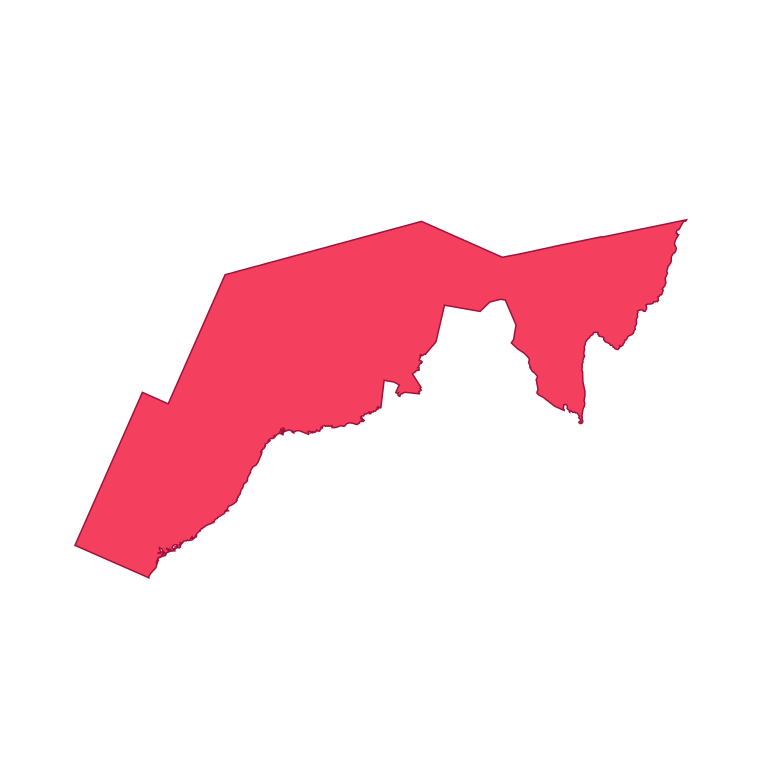 outline of Whyalla, South Australia, Australia, rotated 24°
{"feature_id": "25037944B64884179183706", "entity_name": "Whyalla", "entity_type": "district", "adm_level": 2, "iso_a3": "AUS", "parent_name": "Australia", "parent_adm1": "South Australia", "projection": "albers", "projection_center": [137.585, -33.046], "detail": "fine", "context": "isolated", "style": "filled", "palette": "rose", "viewbox_px": 768, "rotation_deg": 24, "n_neighbors": 0, "source": "geoboundaries", "source_scale": "gbopen_adm2", "svg_char_len": 6170}
<svg xmlns="http://www.w3.org/2000/svg" viewBox="0 0 768 768"><g transform="rotate(24 384 384)"><path d="M248.1,656.7L247.5,655.3L247.9,651.9L250.3,644.8L249.6,639.2L249.1,640.2L248.8,640.1L249.9,636.3L249.5,637.2L249.1,636.4L248.4,637.4L248.4,635.0L249.5,633.1L250.0,632.8L249.9,633.5L253.1,630.0L250.8,631.3L250.7,630.5L252.0,628.4L249.8,627.6L249.3,627.9L248.4,629.9L246.4,630.3L246.6,629.6L248.2,629.1L248.4,628.2L247.9,627.4L246.4,626.5L244.8,624.4L246.5,625.3L248.3,624.8L250.2,626.6L253.2,627.6L253.1,628.0L253.6,628.0L253.4,629.6L253.8,629.9L254.1,629.3L254.1,626.6L256.5,623.9L255.2,623.5L254.6,623.9L253.8,623.2L252.5,623.3L252.2,622.6L256.1,622.1L256.8,622.4L256.2,623.2L256.9,623.6L260.5,621.6L259.6,621.3L260.5,620.3L260.1,618.9L259.4,619.0L259.0,620.2L257.9,620.4L256.9,619.6L256.7,618.9L257.3,617.2L258.3,615.7L260.9,615.1L261.4,615.7L260.0,617.2L260.6,617.1L261.2,618.2L261.9,617.3L263.6,617.1L264.3,615.8L263.9,614.8L263.6,614.8L263.9,613.0L262.2,614.3L263.2,612.5L262.5,611.7L264.5,611.2L265.2,608.4L267.3,607.7L267.7,606.6L269.2,606.5L272.1,604.4L272.8,603.0L272.1,603.3L271.5,602.7L270.4,603.4L270.6,601.9L270.8,601.7L272.1,602.4L274.6,600.1L274.6,599.1L273.7,599.2L273.9,596.9L274.6,594.7L275.9,593.0L275.4,592.2L276.2,590.3L277.0,589.7L277.3,588.1L278.4,587.4L278.7,586.0L283.6,580.8L284.1,579.3L284.8,579.7L284.8,576.2L286.4,574.6L286.2,573.8L290.8,567.0L290.9,564.7L293.4,563.1L292.8,562.7L289.9,565.5L291.8,562.6L291.5,559.3L294.7,555.7L296.9,551.7L296.8,550.6L297.2,550.2L296.4,548.8L296.8,546.5L296.3,546.3L297.3,543.0L296.6,539.5L297.1,536.1L296.6,532.2L298.4,529.0L298.3,527.1L297.5,525.3L298.0,518.8L297.3,517.3L298.0,512.8L300.1,510.2L300.7,506.5L300.5,497.3L299.6,494.8L299.2,496.4L299.0,496.2L299.3,493.8L300.2,492.3L299.9,491.7L300.8,491.1L300.8,488.8L300.3,489.0L299.8,487.5L301.2,485.7L303.2,481.6L302.2,482.4L301.4,484.0L301.4,482.0L302.7,479.8L304.0,479.4L305.4,477.9L304.7,477.4L305.1,476.7L304.7,475.5L305.1,475.3L306.0,476.1L306.2,475.0L307.7,472.3L308.8,471.6L308.3,470.5L308.6,468.6L307.7,466.6L310.2,468.7L310.5,467.4L311.1,466.8L309.6,465.4L310.7,465.2L311.4,465.7L312.1,467.0L311.0,469.0L311.5,470.7L310.1,469.6L310.0,470.9L309.5,471.4L312.3,471.3L311.8,469.5L312.1,468.2L315.9,464.6L317.9,464.4L320.2,465.4L321.5,465.4L321.2,464.8L319.9,464.9L319.8,464.4L321.5,464.5L322.6,462.7L325.5,461.1L335.5,460.7L335.6,459.8L334.4,459.4L334.0,458.8L334.7,457.4L336.1,457.9L337.8,456.9L337.1,458.2L338.8,457.5L340.7,456.0L341.3,454.6L341.1,453.5L342.9,453.9L344.4,453.2L344.2,452.2L344.8,450.9L344.1,449.3L345.6,449.2L344.9,447.6L346.7,446.0L347.8,446.5L348.8,445.6L349.9,445.4L350.3,444.6L351.4,444.9L353.3,443.2L353.4,443.9L354.2,444.0L354.2,444.9L356.3,444.2L359.1,442.1L361.0,439.9L365.0,438.8L366.1,435.4L368.3,433.5L371.6,432.5L375.1,432.3L376.2,431.6L377.2,429.7L376.8,429.5L377.4,429.5L377.2,428.6L377.5,427.9L380.2,426.8L380.8,425.5L379.7,425.0L378.2,426.5L378.7,425.8L378.6,424.8L378.2,424.5L377.1,425.0L377.3,423.7L376.1,423.5L376.8,422.1L378.4,421.4L378.4,419.3L380.3,418.4L381.7,415.8L382.6,417.1L383.2,416.4L383.9,416.5L383.9,416.0L383.1,415.5L385.7,413.7L385.5,412.9L386.9,412.5L387.5,411.6L387.5,410.3L388.7,409.4L388.7,408.8L387.5,408.6L387.5,407.7L388.4,407.1L388.6,408.2L390.8,407.0L382.6,380.6L392.1,378.2L398.2,378.6L398.2,387.1L399.7,387.1L400.6,386.3L400.5,387.1L401.6,388.7L404.0,389.1L403.4,388.7L403.3,387.2L403.8,385.8L404.6,385.5L405.2,384.2L406.7,383.0L420.3,378.6L420.3,378.1L418.8,377.4L420.5,374.4L418.6,373.4L419.3,372.1L406.0,363.3L406.3,362.3L407.8,360.0L408.0,358.5L410.4,357.1L409.4,354.9L408.3,355.3L408.8,349.9L409.7,349.8L409.9,348.4L409.0,348.2L408.9,348.7L409.0,347.9L406.3,347.9L406.3,343.6L405.4,343.6L405.5,342.2L407.5,342.4L408.9,340.1L409.7,340.1L414.1,325.2L414.2,323.6L407.2,287.4L442.3,278.6L447.3,266.1L456.2,259.1L460.7,258.0L480.6,276.4L484.3,290.8L483.6,294.7L491.7,297.5L499.9,298.9L505.6,301.3L506.8,302.5L507.4,305.7L509.6,307.5L510.5,309.4L511.4,309.4L511.5,310.4L513.1,311.0L514.1,312.1L516.9,312.6L520.9,314.5L521.4,315.5L521.2,318.0L526.5,325.7L527.1,327.1L527.0,328.5L527.4,330.1L530.0,331.1L534.1,331.3L549.1,334.9L559.3,334.9L558.9,334.0L557.8,333.7L557.0,330.7L556.5,330.0L558.4,328.7L560.5,329.5L561.3,331.8L562.4,332.5L564.4,332.7L564.5,333.9L565.1,334.1L564.7,333.2L566.5,332.4L567.7,333.2L570.0,332.1L570.8,332.5L571.9,332.0L572.9,332.3L575.2,333.7L575.6,334.4L575.6,335.6L576.9,335.9L578.4,337.3L578.5,338.0L577.5,339.5L577.9,340.1L579.6,340.3L580.7,339.4L580.1,338.5L580.3,337.8L580.9,337.9L580.7,337.0L579.1,335.3L578.6,333.5L577.3,332.6L577.6,332.1L575.9,325.4L576.1,323.0L575.4,320.1L573.5,317.8L572.4,313.2L570.7,309.2L564.8,301.1L560.6,292.4L558.8,290.3L558.3,288.2L557.1,285.8L556.8,282.8L556.0,281.6L555.7,277.8L556.1,277.6L555.6,276.4L555.1,276.4L554.2,275.0L553.3,272.4L553.4,271.3L551.7,268.4L551.8,266.9L551.1,263.7L551.8,260.1L552.9,258.0L552.8,256.7L554.7,253.8L554.4,251.9L558.1,249.8L558.5,249.9L559.3,251.8L560.1,251.7L561.1,252.9L564.2,252.1L565.9,252.2L566.7,254.1L569.0,255.4L573.8,255.4L574.9,256.5L577.0,255.8L578.2,257.0L579.7,257.1L580.9,257.9L583.7,257.4L584.4,254.8L583.7,253.2L585.1,253.4L586.4,251.5L586.2,250.6L586.7,247.9L586.1,246.2L587.4,245.0L587.4,242.1L587.9,240.7L590.2,238.2L591.2,236.0L590.7,233.5L591.3,231.8L590.0,229.9L590.3,226.5L588.1,222.2L588.4,219.6L586.7,216.5L586.9,215.4L585.9,214.0L589.0,211.3L591.9,211.9L593.0,211.4L593.2,207.8L591.1,205.3L592.3,203.8L595.4,202.3L596.5,201.2L597.0,200.3L596.9,199.3L598.3,198.7L599.2,197.6L600.2,197.6L600.7,195.9L598.8,193.1L599.7,192.1L599.8,190.4L600.9,190.0L601.3,188.8L600.9,184.7L599.5,184.0L600.5,180.5L600.4,177.0L597.9,173.1L597.9,167.6L596.6,166.2L596.1,164.8L596.1,162.7L595.6,161.8L596.7,156.7L596.4,154.8L595.0,151.7L594.8,149.8L595.0,147.3L595.9,146.2L596.4,144.5L596.1,142.0L595.7,141.0L592.7,138.2L592.1,137.1L591.7,133.2L592.4,127.9L591.2,128.4L590.6,127.1L589.6,127.4L589.1,125.4L589.2,124.1L590.5,123.3L590.7,122.4L591.4,114.2L592.3,112.9L593.4,112.5L593.6,110.9L523.8,160.9L522.8,161.0L489.1,185.1L454.7,210.3L440.5,220.1L352.1,220.2L194.4,348.8L194.9,489.9L166.7,489.9L167.3,657.1L248.1,656.7Z" fill="#f43f5e" stroke="#9f1239" stroke-width="1.5"/></g></svg>